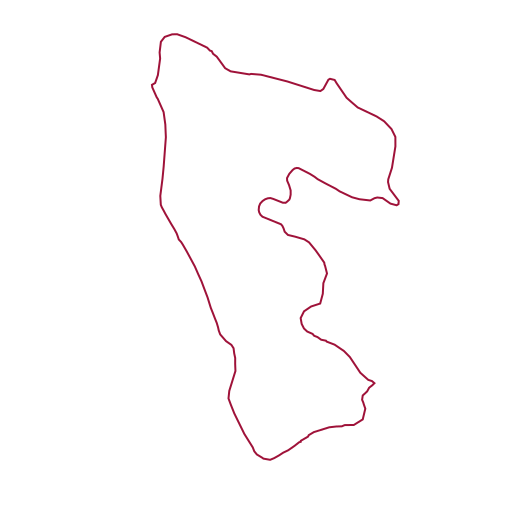 San Pablo, San Marcos, Guatemala (Natural Earth projection), rotated 105°
{"feature_id": "79465075B73669305526668", "entity_name": "San Pablo", "entity_type": "district", "adm_level": 2, "iso_a3": "GTM", "parent_name": "Guatemala", "parent_adm1": "San Marcos", "projection": "natural_earth1", "projection_center": [-91.953, 14.976], "detail": "fine", "context": "isolated", "style": "outline", "palette": "rose", "viewbox_px": 512, "rotation_deg": 105, "n_neighbors": 0, "source": "geoboundaries", "source_scale": "gbopen_adm2", "svg_char_len": 2535}
<svg xmlns="http://www.w3.org/2000/svg" viewBox="0 0 512 512"><g transform="rotate(105 256 256)"><path d="M260.0,334.9L261.9,331.9L263.9,329.7L269.7,323.9L281.9,312.4L288.4,307.2L294.7,302.0L301.0,297.5L308.5,292.1L317.7,286.3L322.4,282.8L326.8,279.6L330.8,276.6L334.7,274.2L337.6,272.7L341.0,270.3L346.0,262.9L348.2,256.8L350.9,253.8L355.8,251.8L359.9,249.7L365.6,248.2L372.4,246.1L393.2,246.9L400.7,245.7L406.2,241.8L413.7,236.2L430.9,221.2L441.7,209.6L445.1,207.1L447.5,203.8L449.2,197.9L449.8,196.4L449.2,189.6L446.6,186.2L442.7,182.2L438.9,178.8L435.4,174.7L429.5,169.7L424.7,166.1L423.9,164.7L422.9,164.9L417.0,159.0L415.4,158.7L411.1,154.5L403.5,142.5L402.5,140.9L399.9,134.3L398.3,129.0L396.4,126.6L393.9,117.8L386.2,110.6L375.2,110.9L371.5,113.4L369.7,114.5L367.4,116.3L363.1,116.8L358.0,113.6L353.9,112.6L350.6,110.1L348.2,108.7L346.8,111.6L346.6,115.5L344.8,119.1L341.8,125.0L329.3,139.2L325.0,146.5L321.3,157.1L320.4,165.6L319.7,166.5L320.0,171.4L318.4,175.6L318.0,179.2L316.6,181.2L315.7,187.0L313.6,190.9L309.8,194.3L304.4,196.8L297.0,195.3L290.5,189.7L285.3,181.7L275.2,181.7L264.8,183.9L254.5,182.9L247.7,186.7L246.5,187.6L244.7,188.4L238.3,196.0L235.1,199.9L229.1,208.3L227.4,213.6L227.2,223.2L227.4,230.6L225.1,234.6L222.2,236.5L220.1,238.3L218.9,240.0L216.4,259.9L215.0,262.4L213.0,264.2L210.9,265.3L207.3,265.9L204.2,265.5L201.2,263.9L198.8,261.8L197.2,259.5L196.3,257.1L196.4,254.1L197.6,243.8L196.9,241.1L195.3,239.9L194.0,239.1L192.9,238.4L191.4,238.2L187.8,238.4L183.7,239.5L179.0,242.4L175.2,245.4L172.7,246.2L168.0,245.1L163.5,242.9L161.5,241.4L160.4,239.4L160.1,237.5L162.7,225.3L164.3,220.0L165.8,216.4L167.8,208.2L170.5,196.0L171.9,192.0L174.4,178.4L174.4,170.8L172.8,160.0L169.5,156.5L168.1,154.0L167.3,148.7L170.6,139.7L170.6,133.3L169.0,131.8L165.8,132.4L156.5,144.3L150.4,147.6L147.7,148.1L135.6,147.5L114.1,149.7L104.9,152.2L98.3,158.0L92.7,167.1L90.0,175.6L86.2,196.2L82.6,203.7L79.7,209.5L68.2,222.9L65.6,225.6L65.7,230.4L67.0,231.7L77.3,234.2L80.0,236.5L80.6,242.8L79.3,270.8L79.6,298.1L81.4,307.9L82.3,309.4L84.2,328.3L82.6,334.4L73.6,345.5L71.8,349.8L69.6,351.8L69.5,353.7L67.4,357.1L62.9,380.7L62.2,389.6L63.6,394.4L68.0,400.9L73.7,403.3L84.3,401.8L90.1,399.7L106.7,397.6L115.0,398.2L117.6,400.8L120.0,399.8L128.4,393.0L129.6,391.6L140.9,382.5L152.5,377.6L158.6,375.7L164.6,373.8L193.7,368.3L205.7,366.3L222.7,364.0L231.2,361.2L233.3,359.6L236.2,356.8L238.8,354.4L247.0,346.2L251.1,341.9L254.7,338.5L256.8,337.0L258.9,335.6L260.0,334.9Z" fill="none" stroke="#9f1239" stroke-width="2"/></g></svg>